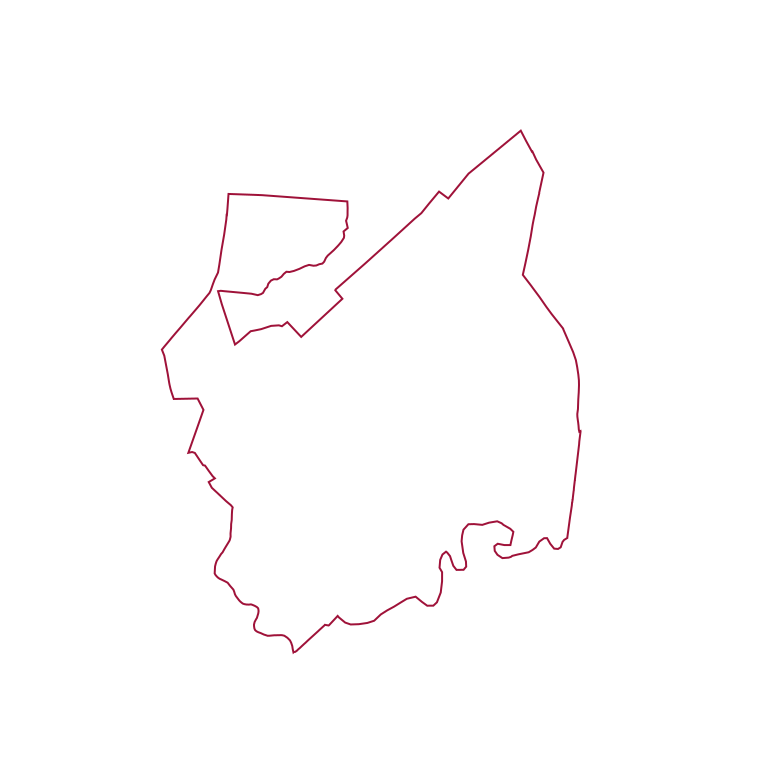 Poienarii Burchii, Dâmbovita, Romania, rotated 198°
{"feature_id": "2599482B3003750716063", "entity_name": "Poienarii Burchii", "entity_type": "district", "adm_level": 2, "iso_a3": "ROU", "parent_name": "Romania", "parent_adm1": "Dâmbovita", "projection": "albers", "projection_center": [25.941, 44.724], "detail": "fine", "context": "isolated", "style": "outline", "palette": "rose", "viewbox_px": 768, "rotation_deg": 198, "n_neighbors": 0, "source": "geoboundaries", "source_scale": "gbopen_adm2", "svg_char_len": 4630}
<svg xmlns="http://www.w3.org/2000/svg" viewBox="0 0 768 768"><g transform="rotate(198 384 384)"><path d="M332.2,667.2L355.8,630.2L368.6,610.2L380.2,580.3L391.1,584.0L397.0,569.3L401.3,558.0L405.9,550.7L419.9,526.1L439.2,492.7L459.2,459.0L459.3,458.1L449.9,452.2L477.3,403.2L495.1,413.0L498.9,407.4L502.1,407.3L509.3,404.4L517.8,398.2L523.6,394.9L527.1,393.0L534.8,380.0L537.9,375.5L553.0,396.2L563.0,409.9L570.5,421.0L568.0,422.2L564.2,423.0L546.5,427.0L537.9,428.9L531.5,429.5L528.7,431.5L527.2,433.3L526.9,435.0L526.3,437.9L525.0,440.0L525.0,443.7L523.5,447.4L521.2,449.6L518.0,450.5L516.6,451.9L514.7,454.3L513.3,457.8L511.5,460.6L508.5,461.3L504.6,463.7L500.0,467.4L495.8,471.4L492.1,474.1L487.6,474.7L485.0,475.8L482.6,477.9L479.8,479.5L478.7,481.8L478.2,485.9L477.2,488.7L473.0,496.0L470.3,501.6L468.5,506.0L467.3,510.6L467.7,512.8L469.6,516.6L466.7,521.2L469.2,525.4L470.5,527.5L470.4,531.0L470.8,533.2L471.9,536.6L473.0,540.2L475.3,546.3L558.4,525.9L566.2,523.7L590.6,516.7L587.0,502.1L585.6,496.1L585.9,496.1L584.8,491.7L582.2,476.8L581.1,469.1L580.0,461.4L577.5,446.7L576.3,438.7L577.4,430.8L577.4,430.2L577.6,426.0L577.6,425.7L577.7,419.8L578.1,416.7L579.5,413.2L581.1,409.0L582.3,405.8L583.8,401.9L586.4,395.6L589.2,388.9L589.8,387.5L590.0,387.1L595.2,374.4L597.9,368.0L599.0,365.3L600.4,361.9L601.2,359.8L603.1,355.1L604.0,352.9L604.8,350.9L605.5,349.0L605.9,348.1L601.7,343.0L597.2,334.8L592.7,326.6L588.8,319.0L587.7,317.0L585.6,313.5L583.4,310.3L579.3,304.8L556.8,312.6L547.7,303.6L548.0,290.2L548.8,258.1L545.5,260.0L542.6,260.0L535.5,254.4L531.0,250.9L529.0,251.1L523.8,247.2L518.5,243.4L515.7,242.0L518.0,239.3L520.4,236.6L515.7,232.1L505.0,227.1L498.0,223.8L492.1,221.4L489.8,219.9L489.5,217.3L488.5,213.4L486.8,207.6L486.1,203.6L484.9,199.6L483.8,194.5L482.7,191.3L482.5,188.6L482.5,187.4L483.0,185.2L484.2,180.2L484.9,177.1L485.5,174.0L486.4,172.0L487.1,169.2L488.1,165.6L488.5,163.7L488.5,161.0L488.3,158.3L487.3,154.5L486.5,151.5L485.2,150.3L483.6,149.3L481.9,148.5L480.2,148.0L478.4,147.8L474.7,147.3L471.3,146.7L468.1,144.5L463.7,141.9L462.3,140.2L460.8,138.0L459.4,136.6L455.1,133.6L453.7,132.8L451.8,132.0L450.2,131.5L448.7,131.5L446.5,131.8L444.2,132.5L442.4,133.3L441.0,133.3L438.5,133.1L436.0,132.6L434.4,131.8L433.8,130.8L433.1,129.2L432.7,127.1L432.6,123.1L432.6,122.2L432.8,121.4L433.0,120.6L433.5,117.7L433.3,115.0L432.7,113.4L431.7,111.4L430.5,110.1L428.8,109.4L427.0,109.1L424.2,109.0L420.9,108.6L416.8,108.6L414.9,109.3L411.0,111.0L405.0,113.1L403.4,113.6L401.0,113.8L397.5,112.8L396.1,112.1L394.2,111.1L392.4,109.3L390.3,106.5L388.9,103.7L387.2,100.8L387.1,101.0L386.6,101.4L386.0,101.6L385.6,101.9L385.0,102.7L384.7,103.1L384.5,103.3L384.3,103.8L383.6,105.1L382.3,107.2L381.5,108.7L380.9,109.8L380.5,110.5L379.5,112.3L378.6,113.8L378.4,114.2L377.0,116.8L370.3,128.5L369.5,130.0L366.7,134.9L365.9,136.3L365.8,136.7L362.1,137.2L361.8,137.5L357.4,146.9L356.4,149.1L354.8,148.1L347.2,145.1L341.4,145.0L333.7,147.8L326.0,151.6L320.2,155.8L315.8,163.9L311.0,169.7L305.6,175.4L300.8,181.1L295.9,186.8L288.2,191.5L280.6,188.5L274.4,186.5L268.6,188.4L266.2,192.7L265.6,203.2L267.8,214.3L270.6,223.0L274.4,226.4L276.2,234.1L275.7,239.9L273.2,243.7L271.8,243.2L268.0,240.7L265.6,237.4L261.9,232.5L257.6,229.6L250.9,231.9L249.4,235.7L251.2,240.5L256.4,247.8L261.6,258.4L262.9,264.2L263.4,270.0L260.4,276.7L255.1,278.6L247.0,280.4L241.2,284.6L233.9,288.4L229.1,287.9L226.8,286.9L219.1,285.3L215.3,283.4L214.9,280.0L214.5,274.7L214.0,269.9L219.8,268.0L226.5,267.2L228.9,263.8L227.1,259.5L223.3,256.6L217.6,255.0L211.8,257.4L209.9,258.8L208.9,260.2L203.6,263.5L194.4,268.7L191.5,272.0L189.1,275.4L187.6,282.1L184.1,286.8L181.3,287.8L176.5,283.4L171.3,280.0L167.5,280.9L165.5,283.3L165.4,289.0L164.5,291.4L162.1,294.2L162.3,295.0L165.8,314.3L167.8,326.4L168.5,329.4L168.4,329.7L168.6,330.5L168.8,332.0L169.0,332.2L168.9,332.8L169.2,333.9L170.6,340.9L170.6,341.3L171.1,343.3L171.2,343.6L172.7,351.1L172.6,351.4L172.8,351.7L173.8,356.6L173.9,357.3L179.8,386.9L180.5,389.7L182.4,399.6L182.6,400.0L183.1,399.5L183.5,399.0L184.7,401.0L186.3,404.9L186.5,405.3L187.5,407.5L188.3,409.1L190.0,412.7L190.9,415.2L191.8,420.1L194.5,429.5L196.2,436.2L198.2,443.2L199.8,447.8L202.1,453.0L205.5,459.8L208.9,466.0L213.9,472.7L221.1,480.9L230.8,491.9L230.8,492.1L237.3,496.4L246.3,502.4L253.4,507.5L263.0,514.8L272.3,521.4L274.5,523.0L281.2,527.6L285.7,530.7L286.8,542.2L288.3,556.1L289.9,568.7L289.9,568.9L291.9,581.7L292.5,586.6L293.0,591.6L294.1,599.7L294.9,608.5L295.3,613.5L295.5,613.8L297.6,634.3L308.7,644.5L314.7,651.0L315.0,650.6L323.9,659.0L332.2,667.2Z" fill="none" stroke="#9f1239" stroke-width="2"/></g></svg>